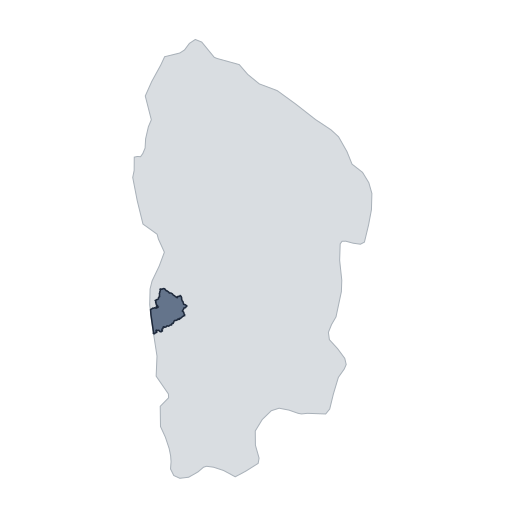 Pangkhar, Shemgang, Bhutan (highlighted), rotated 87°
{"feature_id": "84629894B98879002213822", "entity_name": "Pangkhar", "entity_type": "district", "adm_level": 2, "iso_a3": "BTN", "parent_name": "Bhutan", "parent_adm1": "Shemgang", "projection": "mercator", "projection_center": [90.778, 26.9], "detail": "fine", "context": "in_parent", "style": "filled", "palette": "slate", "viewbox_px": 512, "rotation_deg": 87, "n_neighbors": 0, "source": "geoboundaries", "source_scale": "gbopen_adm2", "svg_char_len": 6133}
<svg xmlns="http://www.w3.org/2000/svg" viewBox="0 0 512 512"><g transform="rotate(87 256 256)"><path d="M416.1,218.9L415.3,222.2L411.6,231.2L409.2,240.9L411.3,248.8L419.6,258.3L430.7,265.9L444.9,266.5L458.0,263.5L463.2,264.7L470.3,277.4L475.4,288.3L468.5,299.6L464.7,309.4L463.4,316.4L464.2,319.5L468.5,325.1L473.4,334.8L474.0,343.7L470.9,349.6L464.2,352.5L457.0,351.6L451.1,351.7L443.7,352.8L432.1,356.0L421.3,360.3L401.1,359.5L393.0,350.7L389.2,350.7L370.8,362.0L350.8,360.1L314.3,363.8L299.1,364.7L283.4,363.5L275.5,361.1L260.8,353.1L247.4,347.3L233.9,352.6L229.1,353.6L218.2,367.2L194.6,371.7L171.1,375.0L164.2,373.2L150.9,372.4L150.4,369.2L150.8,366.1L147.8,363.7L142.4,361.1L133.2,360.1L121.3,356.7L114.5,353.4L90.4,358.2L76.3,351.0L60.3,341.1L52.2,336.8L49.3,321.5L46.5,316.6L40.2,311.4L36.6,305.3L39.5,299.0L55.4,287.3L56.7,284.6L64.0,262.7L74.3,254.7L84.3,243.7L92.0,226.1L106.7,208.0L122.8,189.5L134.0,174.4L141.3,167.3L156.5,159.7L169.3,155.3L178.1,145.2L188.7,139.5L199.6,137.0L215.8,138.3L231.0,142.0L247.8,147.0L249.7,151.1L248.3,158.3L245.9,165.6L245.8,169.3L248.3,171.3L264.7,172.7L284.7,171.6L296.0,172.6L321.0,179.3L328.3,184.1L336.0,187.7L343.4,187.1L352.9,179.3L362.9,172.7L369.1,171.6L373.5,173.8L381.5,180.1L398.0,186.0L412.7,190.4L417.4,194.7L415.8,212.8L416.1,218.9Z" fill="#d9dde1" stroke="#a8b0b8" stroke-width="1"/><path d="M311.8,330.4L311.7,330.4L311.4,330.5L311.2,330.4L310.9,330.3L310.7,330.4L310.1,330.9L309.5,331.0L309.0,331.0L308.9,331.0L308.7,331.2L308.1,331.3L307.7,331.8L307.5,332.1L307.4,332.3L307.2,332.4L306.9,332.3L306.6,332.2L306.4,332.1L306.3,331.8L306.2,331.7L305.7,331.3L305.3,331.2L305.2,331.1L304.8,330.9L304.5,330.9L304.4,330.9L304.3,330.7L304.0,330.4L304.0,330.2L304.1,329.9L304.0,329.4L303.9,329.3L303.8,329.0L303.6,328.9L303.0,328.5L302.9,328.3L302.8,328.1L302.7,328.0L302.6,327.9L302.3,327.9L302.2,327.7L302.0,327.8L301.9,327.9L301.9,328.0L301.7,328.3L301.4,328.7L301.0,329.1L300.7,329.8L300.7,330.1L300.4,330.5L300.4,330.8L300.1,330.8L299.6,331.0L299.0,331.1L298.8,331.2L298.3,331.2L298.1,331.3L297.8,331.3L297.7,331.4L297.4,331.6L297.3,331.8L297.2,331.9L297.1,332.0L296.9,332.1L296.6,332.1L295.8,332.4L295.7,332.5L295.4,332.4L294.8,332.6L294.7,332.5L294.1,332.4L293.9,332.4L293.7,332.5L293.1,332.7L292.9,332.7L292.4,332.9L292.3,333.0L292.1,333.2L291.9,333.4L291.9,333.5L291.6,333.8L292.0,334.1L292.0,334.3L292.2,334.7L292.3,334.8L292.2,335.6L292.3,335.8L292.3,336.0L292.4,336.4L292.7,336.4L293.1,336.5L293.3,336.7L293.5,336.8L293.5,337.0L293.4,337.2L293.0,337.6L292.7,337.8L292.7,338.0L292.5,338.4L292.4,338.6L291.9,339.0L291.5,339.3L291.3,339.5L291.1,340.0L291.0,340.4L290.9,340.5L290.6,340.7L289.3,341.6L289.2,341.8L289.1,342.1L288.9,342.4L288.8,342.5L288.7,342.6L288.5,342.9L288.5,343.0L288.4,344.0L288.2,344.5L288.3,344.6L288.2,344.7L287.9,344.8L287.5,345.0L287.2,345.4L287.0,345.5L286.9,345.9L286.6,346.3L286.2,346.5L286.0,347.1L286.1,347.3L286.0,347.5L285.8,347.6L285.6,347.7L285.5,347.9L285.2,348.0L284.9,348.3L284.4,348.5L284.4,348.8L284.1,349.0L283.9,349.1L283.7,349.7L283.7,349.9L283.7,350.2L283.8,350.4L283.8,350.6L283.9,350.8L284.0,350.9L284.2,351.2L284.2,351.3L284.0,351.7L284.0,351.8L284.1,352.0L284.3,352.1L284.3,352.3L284.2,352.6L284.2,352.9L284.0,353.1L283.9,353.3L284.2,353.5L284.3,353.3L284.9,353.3L285.5,353.4L286.1,353.6L286.3,353.7L286.4,353.8L286.6,353.9L286.9,354.0L287.1,353.9L287.5,354.0L288.0,354.3L288.4,354.5L288.7,354.4L288.8,354.4L289.1,354.3L289.7,354.4L289.9,354.4L290.0,354.5L290.4,354.5L290.6,354.5L290.8,354.4L291.3,354.4L291.5,354.4L291.7,354.6L291.7,354.9L292.0,355.1L292.6,355.6L293.1,355.7L293.4,355.7L293.7,355.7L293.8,355.8L294.0,356.1L294.2,356.5L294.4,357.1L294.5,357.4L294.5,357.7L294.4,357.8L294.5,358.0L294.9,358.2L295.0,358.2L295.2,358.5L295.3,358.6L295.3,358.8L295.5,358.7L296.0,358.6L296.3,358.4L296.7,358.3L296.9,358.3L297.0,358.5L297.3,358.6L297.5,358.4L297.8,358.4L298.0,358.2L298.3,358.3L298.6,358.3L298.8,358.2L299.0,358.1L299.3,358.1L299.5,358.0L299.7,357.8L299.8,357.7L300.1,357.3L300.2,357.2L300.3,357.0L300.5,357.0L300.7,357.3L300.7,357.8L300.9,358.0L301.0,357.9L301.3,358.0L301.3,357.9L301.3,357.6L301.5,357.5L301.6,357.3L301.9,357.1L302.0,356.9L301.9,356.7L301.9,356.4L302.1,356.5L302.3,356.8L302.3,357.0L302.5,357.4L302.5,357.9L302.7,358.1L302.8,358.2L302.8,358.7L302.8,358.9L302.7,359.2L302.5,359.5L302.4,360.1L302.5,360.2L302.6,360.4L302.6,360.6L302.8,360.9L302.8,361.0L302.8,361.3L302.8,361.6L302.7,361.8L302.7,362.0L302.8,362.1L303.2,362.6L303.3,362.8L303.4,363.0L303.6,363.1L303.6,363.4L303.6,363.6L304.0,364.1L309.2,364.0L327.5,362.3L327.7,362.6L328.0,362.4L328.3,362.0L328.4,361.7L328.2,361.2L327.8,360.9L327.5,360.5L327.2,360.0L327.2,359.9L327.2,359.3L327.0,359.1L326.8,359.0L326.5,359.2L326.1,359.5L325.8,359.7L325.3,359.8L325.1,359.7L324.9,359.5L325.0,359.4L324.9,359.3L324.9,359.2L325.0,358.9L325.1,358.6L325.2,358.3L325.2,357.8L325.1,357.6L325.1,357.3L325.2,357.0L325.2,356.8L325.3,356.7L326.0,356.4L326.3,356.1L326.5,355.7L326.7,355.2L326.7,354.9L326.7,354.6L326.3,354.4L326.1,354.4L325.9,354.2L326.0,353.9L326.1,353.6L326.0,353.4L325.8,353.4L325.6,353.4L325.4,353.6L325.0,353.8L324.8,353.8L324.1,353.7L323.9,353.0L323.7,352.7L322.6,352.6L322.3,352.5L322.1,352.4L321.9,352.1L321.8,351.8L321.9,351.5L322.0,351.3L322.3,351.3L322.4,351.2L322.3,350.8L322.3,350.4L322.3,350.1L322.2,349.6L321.6,349.1L321.5,348.9L321.2,348.7L321.1,348.4L321.1,348.1L321.3,347.8L321.4,347.4L321.5,347.0L321.2,346.4L321.0,346.0L320.5,345.4L320.4,344.9L320.5,344.1L320.4,343.9L320.1,343.8L319.8,343.8L319.7,343.7L319.3,343.5L319.0,343.3L319.0,343.2L318.9,343.1L319.0,342.4L318.9,342.2L318.6,342.1L318.1,341.9L317.8,341.6L317.1,341.4L316.8,341.2L316.5,341.0L316.4,341.0L316.3,340.9L316.2,340.8L316.1,340.4L316.2,339.9L316.2,339.6L316.0,339.2L315.9,339.1L316.1,338.8L316.1,338.7L315.7,338.0L315.0,337.5L314.9,337.1L315.1,336.8L315.2,336.7L315.3,336.6L315.3,336.2L315.2,335.7L314.8,335.7L314.6,335.9L314.6,336.0L314.4,335.9L314.3,335.7L314.3,334.6L314.2,334.4L314.0,334.2L313.4,333.3L313.0,333.0L312.7,332.6L312.3,331.9L312.2,331.5L311.8,331.2L311.8,330.6L311.8,330.4Z" fill="#64748b" stroke="#1e293b" stroke-width="1.5"/></g></svg>